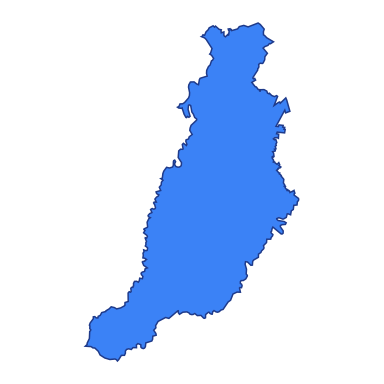 the district of Tlachichilco, Hidalgo, Mexico
{"feature_id": "50627088B33396950786450", "entity_name": "Tlachichilco", "entity_type": "district", "adm_level": 2, "iso_a3": "MEX", "parent_name": "Mexico", "parent_adm1": "Hidalgo", "projection": "robinson", "projection_center": [-98.199, 20.617], "detail": "fine", "context": "isolated", "style": "filled", "palette": "blue", "viewbox_px": 384, "rotation_deg": 0, "n_neighbors": 0, "source": "geoboundaries", "source_scale": "gbopen_adm2", "svg_char_len": 6007}
<svg xmlns="http://www.w3.org/2000/svg" viewBox="0 0 384 384"><path d="M294.9,193.2L294.0,190.4L292.9,191.4L292.7,191.1L290.0,192.5L289.6,191.1L288.6,190.3L288.2,190.7L287.5,189.7L287.0,190.3L286.1,188.8L285.1,187.8L284.9,188.0L285.5,186.5L284.3,186.1L284.9,185.3L283.4,182.9L283.8,179.3L281.1,176.0L281.3,175.7L280.4,174.5L279.4,174.0L279.7,173.0L278.9,172.9L276.6,170.3L278.1,169.2L278.0,168.5L278.5,168.1L279.9,168.0L280.9,167.0L278.9,165.6L279.7,164.7L278.8,162.6L277.1,164.3L275.1,162.9L274.6,161.9L273.4,162.1L273.6,160.3L272.3,158.3L272.1,156.9L272.7,156.5L273.0,157.3L274.0,156.6L273.6,153.1L272.6,151.7L275.2,151.0L275.3,150.3L274.5,149.2L276.0,148.8L275.2,146.4L276.3,145.5L275.9,144.0L276.8,142.5L275.8,139.4L274.4,139.8L273.4,138.9L274.9,137.6L277.1,137.6L278.4,138.3L278.7,134.2L276.5,133.8L277.2,132.1L284.6,132.9L285.2,129.4L283.9,129.2L284.7,127.4L282.7,127.1L283.2,125.4L279.0,124.9L278.3,126.6L276.0,126.3L284.8,110.1L285.6,112.9L289.9,111.3L286.7,100.0L285.8,97.9L280.2,103.3L279.7,102.0L278.5,102.4L274.1,105.5L277.6,96.4L276.6,95.6L274.4,96.6L271.7,95.5L269.5,93.3L269.1,93.8L267.5,93.1L266.8,91.1L264.0,89.6L260.6,89.7L260.2,91.1L259.6,91.0L259.3,89.6L258.1,89.4L256.4,87.0L255.2,86.7L251.8,82.4L255.6,80.1L254.7,78.4L253.7,78.9L253.0,78.4L253.0,77.4L257.7,70.1L257.8,68.5L258.6,67.8L258.9,66.5L258.7,64.4L260.2,63.2L262.3,63.5L263.1,63.0L264.7,59.8L264.9,56.7L267.4,53.3L263.1,48.1L264.8,46.6L267.9,45.4L269.4,43.6L270.4,43.8L273.5,41.8L266.8,37.8L264.5,35.4L263.5,34.9L263.4,31.8L264.2,29.1L260.3,24.5L258.1,23.0L248.1,26.9L243.8,25.4L239.3,26.6L237.6,28.9L231.7,30.6L231.3,29.5L230.4,29.8L230.1,28.7L228.2,29.0L228.5,30.2L229.2,31.0L228.6,35.0L227.5,35.3L227.5,34.8L225.4,36.8L224.3,36.1L223.9,35.1L223.9,31.9L221.3,32.8L221.0,30.8L221.3,29.8L219.1,29.3L215.5,26.1L214.5,27.1L213.1,25.8L209.2,27.8L208.3,29.6L206.0,31.9L204.6,35.3L203.0,34.8L202.5,36.0L201.4,36.6L204.6,37.9L206.2,39.5L212.0,48.5L210.6,53.0L209.7,54.1L211.5,55.2L213.6,58.4L212.5,60.3L211.5,60.8L210.1,65.0L208.5,66.5L206.7,70.3L206.5,73.4L207.2,76.1L200.1,78.3L199.4,79.6L198.5,84.7L196.6,83.9L194.1,81.9L190.4,82.0L188.8,84.9L188.5,87.1L189.6,92.7L189.4,95.7L188.5,98.0L184.5,102.6L182.6,103.8L180.0,103.9L178.9,106.5L177.5,107.2L178.6,108.0L181.6,108.4L182.1,108.0L184.1,114.2L185.9,117.4L186.6,117.6L187.4,116.4L188.9,117.3L190.1,116.3L188.1,109.4L188.5,105.2L189.6,104.9L190.7,105.6L191.9,112.1L193.3,114.0L194.7,117.5L196.6,118.9L196.7,119.9L196.0,120.7L191.1,125.3L190.1,128.1L189.8,130.4L192.2,134.5L189.2,136.8L188.5,139.0L186.1,139.8L185.8,141.2L186.9,144.3L186.4,145.5L183.4,143.3L182.3,144.5L183.1,148.9L182.7,149.3L180.5,149.2L178.7,150.9L178.2,157.5L181.5,162.6L181.3,165.3L180.8,166.1L179.5,167.0L177.9,167.2L175.9,166.5L174.8,164.9L174.7,163.5L175.6,161.7L174.7,160.1L173.7,160.6L173.4,161.6L173.3,165.3L172.6,167.0L169.4,168.0L166.6,167.3L163.8,171.1L162.9,173.5L162.3,178.2L160.8,178.6L163.0,180.2L161.4,182.2L161.2,184.9L159.3,187.2L160.7,190.5L156.1,191.8L156.3,192.9L157.1,194.0L158.8,194.8L158.3,196.0L156.5,197.1L154.9,199.1L156.3,202.1L154.1,202.1L153.6,202.9L154.8,205.0L155.5,207.8L155.1,208.6L153.8,209.2L152.2,208.5L150.6,209.5L151.9,212.6L149.7,213.6L148.1,215.4L148.4,216.7L150.3,217.7L148.8,218.7L147.1,222.2L147.6,226.7L147.4,227.3L144.0,228.9L143.9,229.5L145.0,230.4L143.6,232.8L146.9,235.4L147.4,236.4L146.6,238.1L145.3,237.7L145.2,238.2L146.5,241.5L145.8,242.8L146.0,244.3L145.3,246.0L147.5,247.7L147.6,248.4L147.1,250.4L145.9,250.7L143.7,249.9L144.0,251.7L143.0,253.2L143.3,255.2L142.9,257.9L144.9,258.3L146.5,259.5L145.0,260.5L144.7,261.3L143.0,261.4L142.3,262.0L143.7,265.4L147.3,267.9L145.1,268.8L144.6,271.4L142.2,272.1L141.1,273.2L141.4,274.6L142.9,276.4L142.4,278.7L139.7,278.2L139.3,280.7L138.3,282.2L136.7,281.3L134.5,281.4L133.5,283.4L133.6,285.9L133.0,286.3L132.9,287.4L131.5,287.4L130.8,288.4L131.2,291.3L130.6,292.2L129.2,291.7L128.1,293.0L128.2,301.5L125.0,302.5L124.9,305.3L124.3,305.9L120.7,307.9L116.6,308.9L114.5,307.6L111.2,306.8L109.1,308.9L105.9,310.8L105.7,311.5L101.7,312.6L100.2,315.4L98.2,316.3L97.9,317.9L96.2,317.9L94.8,316.6L93.3,316.8L93.3,318.7L90.2,322.9L89.4,325.2L89.9,325.8L89.8,328.7L90.8,329.8L90.5,330.7L89.7,331.4L89.4,338.5L87.1,343.3L87.2,344.4L85.3,346.2L91.1,346.6L92.9,347.9L94.8,348.0L98.3,351.3L100.1,355.0L104.8,358.0L109.9,359.5L115.0,359.0L116.5,359.7L117.4,361.0L118.6,359.8L121.4,355.4L124.5,355.3L125.4,353.2L125.4,351.0L126.6,349.4L128.7,348.8L131.3,349.5L133.0,347.6L136.5,347.7L136.4,344.9L137.9,343.6L140.8,344.7L140.9,347.1L141.5,347.9L143.2,348.6L144.5,348.1L145.4,346.7L145.8,342.9L151.8,341.0L152.6,339.3L152.8,336.2L156.2,335.2L155.9,333.5L153.7,330.2L155.9,327.8L155.6,325.7L158.1,321.4L165.6,317.5L168.9,318.4L177.7,310.9L178.2,310.8L178.3,312.7L179.5,314.3L182.9,312.2L186.9,311.9L189.0,312.9L189.9,314.1L191.5,314.6L193.0,314.5L194.8,313.5L197.3,315.6L201.0,315.4L203.6,318.1L204.6,318.3L205.5,317.8L205.6,314.6L208.3,312.3L209.2,312.3L209.9,313.4L211.3,314.1L212.3,314.1L212.7,311.8L214.0,310.6L216.0,311.9L217.7,312.2L219.1,311.7L221.1,310.0L223.1,309.4L228.1,302.0L230.6,300.2L233.0,294.0L237.0,292.1L240.4,292.2L239.5,288.0L239.9,287.5L241.5,287.7L242.1,285.8L241.6,284.2L240.4,283.5L240.3,281.8L241.1,280.6L243.3,280.5L245.8,278.9L247.3,276.1L247.3,275.3L246.2,274.0L246.5,269.2L245.1,264.2L245.5,261.7L247.5,262.0L250.9,265.3L252.4,265.1L252.7,261.3L253.7,260.0L258.4,257.3L258.5,254.1L260.9,252.5L261.6,250.8L263.6,248.9L264.0,247.9L263.5,245.6L266.5,242.6L266.8,239.2L270.7,239.2L271.2,237.5L272.6,235.8L272.9,234.5L271.3,233.2L270.9,232.0L271.6,231.2L272.1,228.6L272.9,227.1L281.2,234.0L282.4,233.9L283.1,233.2L283.2,230.9L280.3,226.7L280.4,225.5L282.0,224.7L285.4,224.4L286.2,222.8L284.1,221.5L278.1,220.5L276.8,219.3L276.7,218.6L278.9,217.7L282.8,219.1L283.5,219.0L286.3,217.4L287.2,213.9L288.0,213.8L290.6,214.8L291.3,210.8L293.3,209.5L293.8,205.3L297.0,205.0L297.4,201.6L298.4,200.7L298.7,199.6L298.5,198.4L294.1,195.1L294.3,193.5L294.9,193.2Z" fill="#3b82f6" stroke="#1e3a8a" stroke-width="1.5"/></svg>